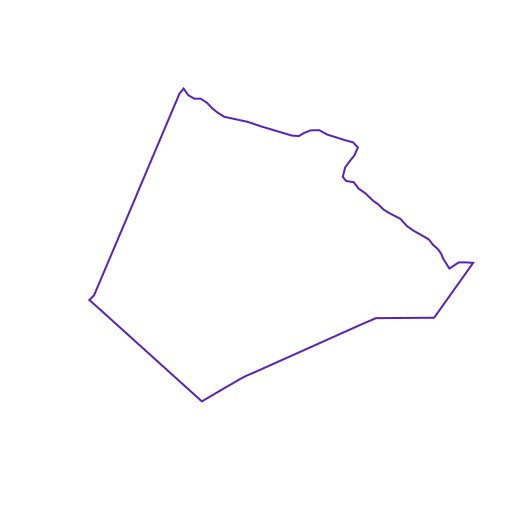 Várzea Grande, Piauí, Brazil, rotated 315°
{"feature_id": "56859067B71883429484775", "entity_name": "Várzea Grande", "entity_type": "district", "adm_level": 2, "iso_a3": "BRA", "parent_name": "Brazil", "parent_adm1": "Piauí", "projection": "albers", "projection_center": [-42.19, -6.555], "detail": "fine", "context": "isolated", "style": "outline", "palette": "violet", "viewbox_px": 512, "rotation_deg": 315, "n_neighbors": 0, "source": "geoboundaries", "source_scale": "gbopen_adm2", "svg_char_len": 907}
<svg xmlns="http://www.w3.org/2000/svg" viewBox="0 0 512 512"><g transform="rotate(315 256 256)"><path d="M107.8,181.7L114.9,320.5L138.0,326.5L145.5,328.5L156.9,331.5L163.8,333.6L173.3,337.4L281.7,378.7L296.8,384.7L338.3,425.6L404.7,414.4L399.5,408.5L394.8,403.9L383.9,401.6L386.4,390.6L388.5,385.3L389.5,380.1L389.1,373.4L389.9,366.5L387.5,357.5L385.3,349.6L383.9,341.7L384.4,331.9L380.8,320.7L379.0,313.0L379.0,306.1L377.9,300.0L377.7,289.2L376.2,280.9L377.3,272.9L372.8,266.8L373.3,261.4L381.7,256.4L388.8,255.3L396.8,254.4L404.8,251.3L405.0,244.2L400.4,236.3L397.9,231.3L392.4,220.9L389.7,211.8L383.6,205.9L376.5,202.8L371.1,201.5L366.5,196.2L350.9,167.3L345.1,155.5L336.3,141.8L332.0,135.2L330.1,126.8L329.5,120.5L329.7,113.1L328.1,105.6L323.5,101.0L321.8,94.2L323.2,86.4L316.7,87.1L217.6,127.2L212.4,129.4L113.6,169.3L107.0,169.3L107.8,181.7Z" fill="none" stroke="#5b21b6" stroke-width="2"/></g></svg>